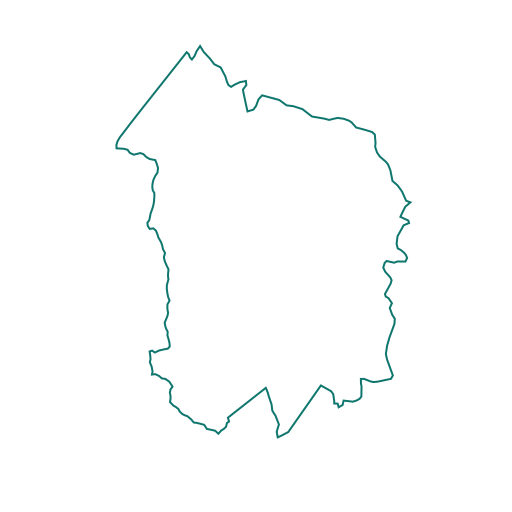 Campos Sales, Ceará, Brazil (Mercator projection), rotated 109°
{"feature_id": "56859067B21784925382268", "entity_name": "Campos Sales", "entity_type": "district", "adm_level": 2, "iso_a3": "BRA", "parent_name": "Brazil", "parent_adm1": "Ceará", "projection": "mercator", "projection_center": [-40.248, -6.944], "detail": "fine", "context": "isolated", "style": "outline", "palette": "teal", "viewbox_px": 512, "rotation_deg": 109, "n_neighbors": 0, "source": "geoboundaries", "source_scale": "gbopen_adm2", "svg_char_len": 3106}
<svg xmlns="http://www.w3.org/2000/svg" viewBox="0 0 512 512"><g transform="rotate(109 256 256)"><path d="M75.7,377.2L81.5,378.8L86.9,379.2L91.1,380.6L89.6,383.3L87.1,385.2L85.9,387.9L155.1,412.2L169.0,417.0L188.2,423.4L192.7,424.3L196.6,424.1L199.6,422.9L198.6,419.3L197.6,415.6L197.4,412.0L199.6,408.8L200.0,404.5L198.1,401.6L196.4,399.0L196.3,395.7L198.1,392.0L198.9,388.2L198.1,382.4L201.1,379.9L204.7,377.3L209.3,376.3L213.0,377.3L217.5,377.8L221.7,377.3L224.6,376.5L227.5,375.0L229.6,372.6L232.8,371.5L237.6,370.2L241.3,369.6L245.2,369.4L250.1,369.5L254.1,368.9L256.9,368.6L259.9,369.5L262.7,368.2L265.0,365.3L263.3,362.1L264.6,358.9L267.2,356.6L270.5,354.1L273.9,350.2L277.2,347.7L279.7,346.3L282.8,343.0L287.2,342.7L290.6,340.6L294.0,337.5L297.1,334.4L300.9,333.5L304.1,332.5L306.5,331.2L309.6,331.0L312.6,330.8L316.4,329.5L320.4,327.5L323.4,325.7L326.5,323.2L330.6,324.0L334.8,322.6L338.4,320.6L341.4,320.2L345.1,320.4L348.6,320.7L351.4,319.2L353.7,317.6L356.3,314.9L360.1,313.8L363.4,311.4L366.6,309.4L369.6,308.1L372.3,309.2L374.3,312.7L376.8,316.7L380.2,320.2L379.3,323.5L380.9,325.5L384.5,323.6L388.0,322.1L391.0,321.8L394.5,318.7L398.9,316.2L402.0,315.8L400.5,312.8L401.0,308.5L402.4,305.2L401.7,301.8L403.0,297.2L405.0,294.5L406.7,292.4L409.9,293.4L413.1,293.0L415.9,291.4L418.5,290.4L422.1,289.8L424.3,285.5L424.9,282.5L426.0,279.5L427.9,277.5L429.4,274.2L429.8,271.5L429.8,268.7L431.5,264.3L433.7,260.6L433.1,257.8L432.8,254.7L432.5,250.0L435.5,246.2L435.0,242.3L434.5,237.7L436.3,233.7L432.2,232.0L430.2,230.3L427.2,228.7L423.4,229.1L421.3,227.6L418.0,229.9L377.5,203.8L379.8,201.7L381.9,200.0L384.3,198.4L387.1,196.2L391.4,192.9L396.8,190.3L398.8,188.0L400.6,185.6L407.8,179.5L415.5,179.2L420.4,176.4L417.5,173.4L414.3,170.4L412.0,168.2L357.3,152.5L359.4,140.9L361.5,138.0L367.5,134.9L370.0,134.0L369.0,130.7L372.1,128.6L368.7,125.6L364.2,126.1L362.2,117.0L360.0,114.0L357.4,111.6L354.6,110.6L348.5,112.6L344.9,113.8L342.5,115.2L338.1,116.8L337.0,113.9L337.3,106.9L337.0,104.1L335.4,100.4L328.2,88.4L324.4,87.7L311.3,98.3L306.4,101.3L298.3,102.8L289.4,103.3L275.2,103.0L270.2,104.3L267.1,108.2L261.6,112.6L256.4,112.1L252.7,117.0L252.1,120.1L250.0,121.7L238.4,119.7L234.8,119.9L232.5,122.1L228.8,128.7L225.6,131.9L220.7,132.1L218.2,130.9L217.4,123.3L215.1,120.4L212.6,112.9L208.6,112.5L206.2,114.7L204.7,117.0L203.2,121.0L202.7,124.4L198.8,127.0L191.3,128.6L178.9,126.4L175.0,122.0L172.9,123.5L172.0,132.2L168.5,131.9L160.9,130.9L155.0,127.5L154.9,132.0L147.6,138.8L145.0,142.4L143.0,145.4L140.6,151.4L131.1,156.9L126.3,161.1L124.6,164.0L121.6,171.4L118.6,175.4L114.1,178.8L109.9,179.9L102.5,183.2L101.0,186.5L101.2,193.6L101.9,203.2L98.5,209.2L97.8,212.0L97.7,217.7L98.8,223.6L100.6,226.7L103.5,231.1L103.9,236.3L105.9,248.5L102.0,260.0L102.2,269.3L103.6,276.2L100.9,284.8L102.1,302.5L106.9,304.6L114.1,304.8L118.4,306.1L122.1,311.1L116.5,314.5L105.4,321.2L102.8,322.5L97.5,320.8L93.8,322.5L96.8,327.7L99.5,330.5L101.4,332.4L104.2,334.6L103.3,337.8L100.4,340.4L96.1,343.5L89.2,350.8L88.3,357.9L84.3,363.9L80.1,371.9L75.7,377.2Z" fill="none" stroke="#0f766e" stroke-width="2"/></g></svg>